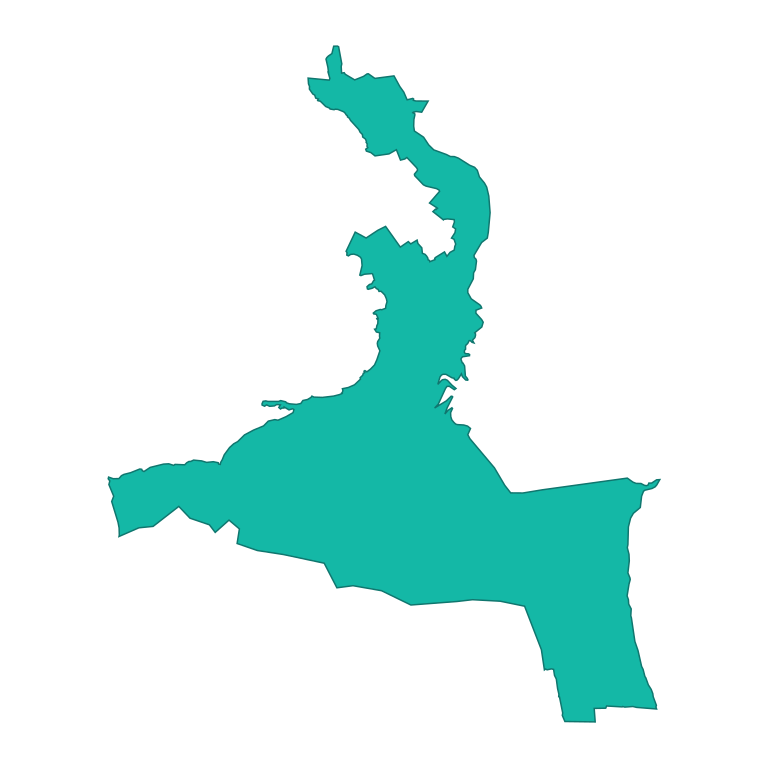 Valea Mare, Covasna, Romania (Natural Earth projection)
{"feature_id": "2599482B84162786081216", "entity_name": "Valea Mare", "entity_type": "district", "adm_level": 2, "iso_a3": "ROU", "parent_name": "Romania", "parent_adm1": "Covasna", "projection": "natural_earth1", "projection_center": [26.012, 45.763], "detail": "fine", "context": "isolated", "style": "filled", "palette": "teal", "viewbox_px": 768, "rotation_deg": 0, "n_neighbors": 0, "source": "geoboundaries", "source_scale": "gbopen_adm2", "svg_char_len": 6096}
<svg xmlns="http://www.w3.org/2000/svg" viewBox="0 0 768 768"><path d="M544.4,669.9L545.5,669.0L547.1,669.8L551.4,668.9L553.6,669.4L554.5,675.4L556.3,679.0L557.6,688.7L558.9,694.3L558.7,696.7L559.5,697.0L562.7,713.0L562.3,715.4L564.9,721.5L595.2,721.9L594.2,708.4L605.7,708.2L606.6,706.0L622.2,706.9L622.7,706.5L624.8,707.1L632.9,706.5L636.6,707.4L656.6,709.0L655.9,707.0L656.4,705.4L653.2,696.7L652.8,693.6L651.2,689.4L648.3,684.8L645.8,677.8L644.9,676.5L643.1,669.4L641.6,666.4L638.0,650.5L634.9,641.5L631.4,617.8L630.8,615.8L631.2,608.9L628.7,604.1L628.4,599.6L627.1,595.9L629.0,584.1L630.2,579.7L630.0,578.0L627.9,572.9L629.3,560.9L629.0,554.3L627.3,547.7L627.9,544.7L628.4,526.9L630.6,518.1L633.4,513.3L640.3,507.5L641.6,496.2L643.5,491.3L644.9,490.2L652.0,488.5L655.2,486.8L656.8,484.9L659.8,479.6L656.6,479.8L651.6,483.1L648.8,483.1L648.2,484.9L646.5,485.7L644.4,485.3L641.0,483.5L636.1,483.4L632.9,482.1L627.3,478.1L542.4,489.8L522.9,493.0L510.7,492.9L504.8,485.4L494.4,467.8L469.9,438.7L467.8,434.7L470.5,428.5L467.6,426.1L463.8,425.0L457.4,424.6L455.7,424.1L453.8,422.3L451.8,419.8L450.8,416.7L450.6,412.7L452.5,408.5L451.9,407.8L448.2,410.2L444.9,414.0L447.2,407.7L452.7,396.9L452.3,396.4L451.2,396.2L446.3,400.9L434.6,408.0L438.3,404.1L445.5,388.5L447.0,386.4L449.3,386.3L454.3,389.7L456.0,388.5L451.9,385.1L447.4,380.3L445.2,379.3L442.6,379.7L441.5,380.4L437.8,384.4L440.0,377.0L441.4,375.1L443.0,374.3L445.9,374.3L452.0,377.8L454.2,378.3L454.4,379.3L455.9,380.4L457.0,380.1L458.4,378.7L461.4,373.8L462.4,376.6L465.7,380.0L467.7,380.2L467.9,379.6L467.1,378.1L465.4,376.1L464.6,365.9L462.9,363.0L462.3,362.9L461.0,359.3L461.1,358.5L462.5,356.8L469.5,355.7L469.6,354.5L468.4,353.8L465.3,353.6L464.3,352.2L464.6,350.2L465.6,349.2L465.5,346.4L465.8,345.3L467.7,343.5L469.2,340.6L470.3,340.6L472.0,342.3L473.9,342.9L472.7,340.8L472.7,339.9L474.9,337.6L475.5,335.4L475.5,333.8L474.7,332.8L481.8,327.0L483.2,322.2L481.6,319.5L475.9,313.2L476.0,310.2L481.7,308.0L481.0,306.3L480.1,305.1L471.2,298.8L467.8,292.7L467.8,289.3L473.3,278.8L473.6,272.8L475.4,269.6L476.5,261.1L476.0,259.2L474.3,257.5L474.0,255.3L481.6,242.5L487.3,238.1L488.3,232.3L490.1,212.7L488.8,196.1L486.7,187.1L484.5,183.1L479.4,176.9L477.3,170.3L474.6,167.3L469.6,165.2L458.4,158.1L454.4,156.6L450.3,156.5L446.4,154.5L433.8,149.9L428.7,144.9L423.6,137.2L414.4,131.0L413.7,126.2L413.9,119.5L414.9,114.9L414.7,113.7L412.8,112.7L413.2,112.2L416.3,111.5L421.7,112.2L428.1,101.1L415.8,101.0L413.3,100.3L413.6,99.0L412.8,98.4L407.1,99.8L403.8,92.1L399.8,86.5L394.0,75.9L374.9,78.4L368.4,73.8L367.1,73.9L363.5,76.4L354.7,79.9L345.3,74.3L344.2,72.7L341.6,73.1L341.2,66.5L341.8,63.9L338.6,46.7L337.4,46.1L333.7,46.2L331.9,53.6L328.4,56.0L326.8,57.6L326.0,59.1L327.9,67.4L328.5,72.4L328.1,72.3L329.9,78.5L329.2,80.1L308.1,78.1L308.5,83.9L309.5,86.4L309.4,89.1L312.8,94.0L314.7,95.1L315.7,98.1L318.4,99.0L317.6,100.3L317.9,100.7L320.3,101.2L325.7,106.5L329.5,108.1L330.0,109.0L334.1,109.7L335.2,109.2L337.9,109.4L343.7,111.8L345.1,113.1L346.3,115.0L347.3,115.6L347.5,116.9L349.3,118.2L350.6,120.5L358.8,129.5L360.1,132.2L362.4,134.5L362.7,137.0L365.4,139.0L366.4,141.3L366.1,142.3L367.2,143.8L367.0,146.3L367.8,147.7L365.7,149.2L366.4,151.1L370.9,152.6L375.0,155.9L389.0,153.9L396.4,149.7L400.5,160.1L404.8,159.0L406.9,157.5L416.1,167.2L417.4,168.9L417.4,170.5L414.4,174.2L414.7,175.7L423.4,184.8L426.0,186.1L436.5,188.6L439.0,190.0L439.6,191.3L429.5,203.0L437.5,208.2L436.1,209.5L435.5,209.1L432.9,211.6L443.4,219.9L443.8,219.4L447.5,218.9L454.2,219.6L454.4,222.1L452.7,226.9L455.6,228.9L455.0,232.6L451.5,238.1L454.0,239.2L455.7,244.1L454.8,246.4L454.2,250.1L450.1,252.3L446.9,256.3L444.5,251.9L435.6,257.4L434.7,258.3L435.0,259.6L429.8,261.7L429.5,260.5L428.1,259.8L427.8,258.0L426.5,255.9L425.0,254.3L422.4,253.3L421.8,247.8L417.9,243.5L417.1,240.1L410.7,243.9L408.3,241.6L400.3,247.1L385.6,226.4L377.8,230.3L366.1,238.0L355.2,232.1L346.1,251.3L347.0,252.6L346.8,255.1L348.4,255.9L350.7,254.4L353.9,254.1L357.5,255.3L360.4,257.2L361.5,259.0L362.1,265.6L359.8,275.1L360.9,275.6L364.5,274.2L372.0,273.6L372.6,274.0L374.5,280.2L373.5,280.8L371.8,283.8L369.4,284.5L367.0,286.7L367.4,288.9L368.2,289.3L372.1,288.3L374.9,286.8L376.4,288.6L378.1,289.4L379.0,291.4L381.1,291.3L384.7,294.9L386.4,298.8L387.0,301.8L385.9,305.4L385.6,308.3L381.8,309.7L380.1,309.5L376.0,310.8L373.3,313.1L373.7,313.9L376.3,314.3L378.1,318.2L376.8,318.5L377.2,319.3L378.0,319.2L377.8,323.6L376.8,325.8L376.3,328.8L374.6,329.2L376.4,332.0L379.7,332.8L379.5,336.1L379.8,338.2L377.7,341.5L377.3,343.4L377.7,346.0L379.9,350.8L376.8,359.9L374.5,365.0L370.4,369.2L366.9,371.8L364.9,370.6L364.0,371.2L364.7,372.6L363.3,373.3L362.7,375.3L360.1,377.7L360.5,379.1L354.5,384.8L348.3,387.5L342.4,388.7L342.9,390.6L342.3,392.5L341.7,393.0L342.1,393.5L339.4,394.6L333.5,396.1L322.4,397.4L313.9,397.1L311.9,396.1L311.0,397.4L307.5,399.5L302.9,400.5L300.8,403.5L296.4,404.4L289.4,403.8L286.5,402.8L285.7,401.8L280.7,400.6L278.6,401.4L267.8,401.4L265.8,400.9L263.1,401.3L262.0,403.8L262.1,405.1L264.6,406.2L266.6,404.9L269.6,406.3L274.4,405.9L276.8,404.5L280.4,404.9L278.8,407.5L280.5,409.0L281.9,408.1L284.0,408.0L284.1,407.0L289.0,409.9L292.5,408.8L293.9,409.5L293.1,412.6L286.0,416.7L278.0,420.2L274.8,419.6L268.3,421.1L263.6,425.9L253.5,430.1L244.5,434.9L237.7,441.6L233.7,443.8L229.6,447.5L224.3,454.7L222.2,459.8L220.6,462.5L220.3,464.4L218.6,464.1L218.2,462.7L213.3,461.7L206.6,462.4L201.7,460.9L193.6,460.1L190.8,461.4L188.9,461.5L186.8,462.7L184.7,464.8L175.0,464.4L173.7,465.4L168.8,463.8L163.5,464.1L150.2,467.4L144.0,471.5L142.3,470.7L141.7,469.3L139.8,469.0L130.6,472.7L123.9,474.4L121.4,475.7L118.9,478.6L113.2,478.7L108.6,477.1L108.2,478.8L109.8,480.9L108.9,484.6L113.7,496.2L111.7,501.5L118.0,522.2L119.1,527.9L119.3,535.1L119.0,536.5L138.9,527.8L153.1,526.4L178.8,506.4L190.0,518.2L209.4,524.8L215.2,532.4L229.0,520.1L239.4,528.9L237.1,543.5L257.3,550.5L283.3,554.5L324.2,563.2L336.9,587.8L353.0,585.7L381.5,590.7L410.9,605.0L456.9,601.5L472.5,599.7L500.2,601.2L524.6,606.2L541.4,649.7L544.4,669.9Z" fill="#14b8a6" stroke="#0f766e" stroke-width="1.5"/></svg>